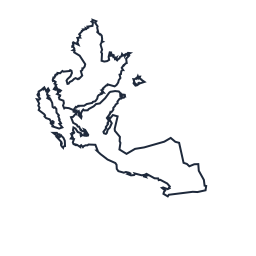 outline of Vågsøy nor, Sogn og Fjordane, Norway, rotated 42°
{"feature_id": "86288312B93640020116268", "entity_name": "Vågsøy nor", "entity_type": "district", "adm_level": 2, "iso_a3": "NOR", "parent_name": "Norway", "parent_adm1": "Sogn og Fjordane", "projection": "mercator", "projection_center": [5.158, 61.959], "detail": "fine", "context": "isolated", "style": "outline", "palette": "slate", "viewbox_px": 256, "rotation_deg": 42, "n_neighbors": 0, "source": "geoboundaries", "source_scale": "gbopen_adm2", "svg_char_len": 5699}
<svg xmlns="http://www.w3.org/2000/svg" viewBox="0 0 256 256"><g transform="rotate(42 128 128)"><path d="M108.1,128.5L108.3,132.6L107.0,132.8L107.0,133.6L112.7,135.3L114.2,139.9L114.1,142.9L115.6,146.0L115.5,147.2L113.7,148.0L112.3,147.3L111.9,142.6L110.9,142.2L110.5,138.3L109.5,138.1L109.2,136.2L108.1,135.2L105.6,134.7L105.2,130.4L104.6,128.8L105.0,129.0L104.7,127.7L105.1,126.7L104.8,124.1L103.6,122.9L103.6,120.0L103.1,118.9L103.7,116.5L102.5,115.5L102.2,112.0L103.4,110.5L103.3,109.4L104.6,108.3L104.6,107.1L103.7,106.5L104.4,106.3L103.4,105.5L101.1,107.1L101.5,107.6L100.7,107.4L101.9,110.3L99.3,107.8L100.3,107.3L96.7,107.0L93.7,109.2L90.7,112.9L90.4,114.3L91.1,121.1L90.6,128.6L88.2,131.6L88.0,134.9L86.1,140.2L86.2,141.8L83.7,144.2L82.4,144.2L82.6,146.7L83.7,149.4L85.7,150.4L86.5,151.9L83.3,151.6L82.4,150.2L82.1,151.2L81.8,149.6L80.1,148.4L79.4,151.2L80.3,152.1L79.6,152.1L79.7,156.5L78.4,158.1L84.4,161.1L83.9,160.8L87.8,159.9L89.6,160.6L90.8,159.7L94.3,161.3L94.6,161.0L93.6,160.3L95.4,161.1L98.5,159.7L97.1,159.6L97.1,158.6L96.5,158.4L97.4,158.1L103.0,159.7L103.3,160.4L102.4,161.5L101.6,159.9L99.4,160.3L99.4,161.4L100.4,161.5L100.7,162.8L98.9,163.7L98.4,165.5L97.5,164.9L98.0,164.0L96.7,163.3L93.3,164.6L89.5,163.6L87.1,164.1L88.6,166.5L90.7,167.2L90.0,168.6L90.9,168.6L90.5,169.3L90.9,170.0L90.0,170.6L93.7,172.2L92.4,172.7L92.6,174.1L95.3,172.4L96.6,175.6L98.2,176.4L100.9,175.6L101.3,175.0L100.9,174.9L101.5,174.6L105.1,174.1L104.5,173.5L104.7,172.1L107.3,172.4L107.2,171.2L108.1,169.2L109.5,168.0L109.7,166.7L115.0,162.3L120.3,165.0L119.7,165.7L125.0,165.8L133.9,165.1L142.0,162.5L144.1,163.0L147.0,165.9L149.7,166.5L154.8,164.0L155.9,162.1L158.6,160.6L161.1,160.0L159.0,161.1L158.5,162.5L161.9,161.2L164.0,158.9L164.0,157.5L163.4,157.3L169.8,154.0L171.5,151.9L172.3,152.7L171.5,153.7L173.8,152.6L172.7,152.4L174.1,150.4L171.8,151.4L172.4,149.7L181.4,147.6L184.2,145.3L185.7,146.2L186.7,144.9L194.3,143.0L198.2,143.5L198.4,145.0L199.1,145.0L198.4,146.9L193.9,148.7L193.3,149.8L197.4,149.5L197.5,151.5L198.4,153.2L203.3,152.2L203.0,150.3L218.8,132.1L222.5,129.1L227.3,122.4L224.9,118.8L223.5,119.6L219.1,115.8L209.2,112.4L204.4,107.8L201.5,110.6L199.2,115.4L195.8,115.3L192.6,116.7L175.9,104.8L172.4,106.6L166.4,106.8L164.1,113.9L153.0,131.6L147.2,138.8L144.2,148.2L136.0,149.7L132.3,144.1L130.6,143.4L127.9,140.0L120.2,138.9L118.7,137.6L112.5,126.3L108.1,128.5ZM33.0,69.9L29.4,71.3L30.0,71.7L29.7,73.3L31.3,73.0L33.3,75.9L30.1,79.7L31.3,80.1L30.6,81.9L29.8,82.1L30.6,82.7L29.0,84.4L29.6,84.4L28.7,86.5L29.1,86.7L29.0,91.0L30.7,91.3L31.1,93.0L31.8,93.0L30.1,94.9L32.3,96.0L32.9,98.1L35.5,99.3L30.0,100.9L30.1,101.7L31.9,102.7L31.6,104.0L32.2,105.0L33.2,104.3L35.0,104.9L35.5,105.7L35.1,107.0L36.5,106.2L37.4,107.8L43.7,106.6L53.5,109.2L54.7,111.4L54.8,114.1L54.3,114.3L55.3,115.7L54.9,117.3L58.9,119.7L58.7,124.2L58.1,124.4L58.1,125.3L55.7,126.0L55.1,127.5L54.9,130.4L53.9,132.7L54.2,134.8L53.5,135.7L50.6,133.9L50.3,132.0L50.7,128.1L49.5,124.6L47.7,123.3L46.3,123.7L46.5,124.7L42.3,129.3L41.1,129.5L40.9,132.7L38.8,134.2L39.2,134.6L38.8,136.0L39.2,136.0L38.8,136.7L39.1,137.7L38.7,137.7L39.6,139.9L38.8,140.4L40.0,142.8L40.9,143.3L41.5,142.4L43.4,142.2L43.7,144.2L45.7,143.8L45.7,144.8L48.0,145.7L47.5,146.8L46.6,146.4L46.9,148.7L48.6,148.1L49.9,146.2L50.7,146.7L51.2,145.5L53.1,145.1L53.1,146.8L51.1,147.6L52.8,149.0L52.6,150.2L55.8,149.1L56.2,149.8L56.1,151.4L57.8,152.5L61.7,150.9L63.7,152.4L64.7,154.8L67.5,156.1L67.8,154.9L70.8,152.8L75.6,151.1L76.6,152.3L77.5,151.8L77.7,149.6L75.4,150.8L75.1,147.3L75.9,147.2L76.1,145.3L76.7,145.0L76.4,144.6L80.5,140.8L81.3,137.8L84.6,133.3L84.4,132.1L85.8,130.0L85.5,126.8L84.3,124.7L84.2,123.1L85.5,120.5L84.8,120.3L85.5,119.4L85.0,118.9L86.2,118.0L83.4,117.7L83.8,117.3L83.2,117.1L83.5,115.6L82.9,115.4L83.4,110.7L84.1,110.0L83.7,109.2L90.2,106.0L90.7,103.7L90.3,100.8L89.1,98.6L88.9,95.9L86.0,94.0L86.7,92.7L85.0,90.3L85.1,88.6L85.6,88.2L83.1,87.5L82.7,84.4L83.1,84.4L83.0,81.7L83.6,80.6L80.2,77.7L80.4,73.7L79.2,74.0L79.4,73.1L78.9,73.1L79.5,70.9L77.7,72.2L77.7,74.2L77.1,74.4L77.4,76.1L76.7,75.3L76.0,77.4L74.1,77.0L75.2,79.2L74.5,80.3L75.1,82.1L74.6,83.3L74.7,85.0L73.0,85.0L72.4,83.4L72.0,85.3L70.8,84.3L69.8,85.2L68.9,84.7L68.7,83.5L67.9,83.7L68.3,84.3L66.9,85.8L64.9,83.2L63.8,84.0L66.0,88.1L68.4,90.0L67.7,92.3L65.9,94.5L63.4,95.7L58.8,90.0L57.3,89.6L56.4,87.2L51.8,84.4L51.0,81.8L51.6,80.6L50.3,80.9L49.3,79.2L46.6,76.9L44.5,76.7L44.5,75.9L44.5,77.3L41.0,77.3L40.6,76.4L41.0,76.2L38.0,74.1L37.4,72.8L33.1,71.8L33.0,69.9ZM44.3,152.8L42.2,152.1L42.4,155.3L38.6,153.8L38.4,155.1L39.2,154.8L39.3,155.9L38.6,155.9L37.2,160.7L39.3,162.5L38.2,162.7L38.5,163.9L43.1,165.1L42.9,166.5L41.1,167.6L45.5,169.2L46.4,171.4L48.7,172.1L49.6,174.4L56.4,173.8L57.9,174.1L58.2,175.3L60.6,175.4L63.9,174.0L67.0,174.9L67.4,173.3L68.6,173.2L69.3,174.3L67.5,175.0L68.1,175.8L66.9,175.4L67.3,176.2L70.8,176.5L70.9,177.3L77.2,174.5L78.8,171.5L74.2,170.8L75.0,169.3L71.4,168.2L71.4,167.4L68.3,165.9L68.1,164.8L64.6,164.4L62.0,161.8L59.7,161.5L59.4,162.6L57.9,162.8L54.9,160.1L50.3,158.2L49.5,158.2L50.4,159.2L48.1,159.7L48.1,158.9L46.4,157.5L46.8,157.1L45.5,157.3L44.4,155.7L44.3,152.8ZM81.3,178.6L80.5,179.5L78.4,179.2L75.6,181.7L82.2,181.3L81.2,182.4L87.9,183.0L89.1,183.8L88.5,184.2L89.6,185.5L91.1,186.0L92.9,186.1L92.3,185.3L93.3,183.6L89.6,179.8L86.5,178.5L83.5,178.4L83.4,179.2L82.9,178.4L82.1,179.3L81.3,178.6ZM103.3,83.5L102.6,81.8L101.8,82.7L102.1,83.7L100.6,82.9L101.5,85.6L100.7,85.6L100.3,87.5L99.4,88.1L102.5,89.9L101.9,90.3L102.3,91.1L105.2,91.5L105.7,90.8L104.4,90.0L106.2,89.9L106.6,88.3L105.7,87.8L105.9,87.0L106.9,87.0L109.4,82.7L105.6,83.2L105.8,83.8L105.3,83.0L103.3,83.5Z" fill="none" stroke="#1e293b" stroke-width="2"/></g></svg>